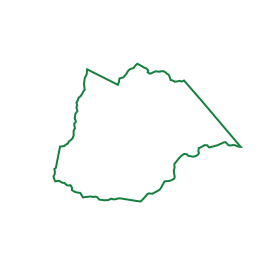 Capinzal do Norte, Maranhão, Brazil, rotated 61°
{"feature_id": "56859067B19446581324934", "entity_name": "Capinzal do Norte", "entity_type": "district", "adm_level": 2, "iso_a3": "BRA", "parent_name": "Brazil", "parent_adm1": "Maranhão", "projection": "orthographic", "projection_center": [-44.307, -4.686], "detail": "fine", "context": "isolated", "style": "outline", "palette": "green", "viewbox_px": 256, "rotation_deg": 61, "n_neighbors": 0, "source": "geoboundaries", "source_scale": "gbopen_adm2", "svg_char_len": 2024}
<svg xmlns="http://www.w3.org/2000/svg" viewBox="0 0 256 256"><g transform="rotate(61 128 128)"><path d="M128.2,212.3L131.2,213.3L133.0,214.7L134.4,216.7L136.2,217.2L139.4,217.4L140.1,215.7L140.7,214.0L142.6,212.9L144.0,212.0L145.3,210.2L148.3,209.3L149.4,208.0L150.2,206.0L153.4,206.0L155.0,207.2L158.2,205.4L160.1,203.4L161.5,201.3L166.8,201.0L170.0,193.5L171.4,192.1L171.9,190.2L173.7,188.4L176.6,187.9L179.2,184.5L180.4,182.4L181.5,180.2L181.6,177.0L183.2,175.5L184.1,173.9L184.5,172.1L185.1,170.1L186.7,167.6L188.3,165.7L189.3,164.4L191.0,162.2L192.3,160.6L195.1,157.0L197.1,154.4L198.4,152.6L197.2,148.2L195.2,143.1L195.4,141.2L197.3,138.7L197.3,136.4L197.4,132.7L197.4,130.7L196.7,128.7L195.2,126.4L192.4,121.9L193.1,120.3L194.3,117.7L194.8,114.7L194.6,111.9L193.3,110.8L190.2,109.7L187.6,108.7L185.1,106.4L182.0,105.0L179.0,97.6L178.2,95.0L177.9,91.5L179.3,89.4L181.6,88.7L184.6,85.0L185.5,82.3L185.2,79.6L184.3,78.1L182.2,77.6L179.9,75.8L180.2,73.6L180.1,69.4L181.5,67.1L184.3,66.5L184.8,64.9L185.6,61.6L186.5,58.0L187.0,51.3L187.7,49.5L191.7,48.5L193.0,46.9L193.6,44.9L195.0,42.6L197.4,40.9L199.1,38.6L138.4,50.7L113.7,56.0L113.4,58.4L111.7,60.2L111.1,62.5L110.1,64.7L108.2,65.8L106.6,67.5L104.0,66.8L101.0,66.7L99.5,67.6L97.8,68.1L95.6,69.3L94.3,72.0L93.8,73.7L92.2,75.7L91.6,77.4L91.5,80.2L91.2,82.5L88.9,83.8L87.4,82.4L84.4,83.3L82.4,85.1L80.7,85.8L78.2,87.5L76.3,88.7L76.9,91.1L78.3,94.1L77.6,96.9L77.7,99.1L78.7,101.3L79.8,102.9L80.7,105.4L81.5,107.5L80.8,109.8L80.6,111.5L82.3,112.8L83.5,113.8L85.3,115.9L56.9,135.3L59.7,137.2L61.3,138.4L62.9,141.1L64.3,142.3L65.7,143.3L67.9,145.0L71.9,146.7L73.6,147.3L74.3,149.1L75.9,151.5L77.1,153.9L77.7,156.6L79.4,158.4L80.9,160.8L83.2,161.4L85.3,163.2L88.7,164.1L90.0,167.0L91.7,168.4L93.7,169.9L95.5,170.1L97.2,170.5L98.3,173.0L100.2,173.8L102.5,174.5L103.9,176.8L105.7,177.8L108.2,179.2L110.2,181.6L110.7,183.6L111.1,186.3L112.4,188.1L112.4,190.7L112.9,192.3L112.3,194.1L111.3,196.5L127.9,210.4L128.2,212.3Z" fill="none" stroke="#15803d" stroke-width="2"/></g></svg>